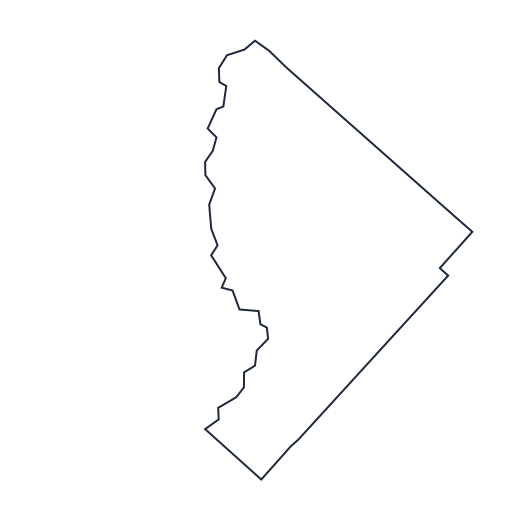 the district of Lafayette, Florida, United States of America, rotated 222°
{"feature_id": "52423323B3691200212151", "entity_name": "Lafayette", "entity_type": "district", "adm_level": 2, "iso_a3": "USA", "parent_name": "United States of America", "parent_adm1": "Florida", "projection": "robinson", "projection_center": [-83.115, 30.041], "detail": "fine", "context": "isolated", "style": "outline", "palette": "slate", "viewbox_px": 512, "rotation_deg": 222, "n_neighbors": 0, "source": "geoboundaries", "source_scale": "gbopen_adm2", "svg_char_len": 691}
<svg xmlns="http://www.w3.org/2000/svg" viewBox="0 0 512 512"><g transform="rotate(222 256 256)"><path d="M178.0,93.3L102.5,93.4L102.8,137.5L101.7,147.8L100.1,370.0L111.3,370.0L111.4,418.7L132.8,418.4L359.3,416.4L383.6,417.3L400.8,415.3L402.7,401.7L411.9,385.8L409.3,370.8L399.7,360.8L391.8,362.4L380.3,345.2L383.6,338.7L377.2,318.4L364.7,317.7L358.5,305.2L356.8,291.9L347.7,282.2L331.6,278.8L325.2,262.9L307.5,246.3L291.7,238.2L289.8,226.5L263.6,219.3L260.3,209.5L250.3,214.7L232.5,205.2L217.2,216.8L207.0,208.2L200.1,210.1L191.6,202.6L192.2,186.3L183.4,173.9L187.0,161.5L177.0,150.2L176.2,137.8L182.5,117.9L174.4,109.6L178.0,93.3Z" fill="none" stroke="#1e293b" stroke-width="2"/></g></svg>